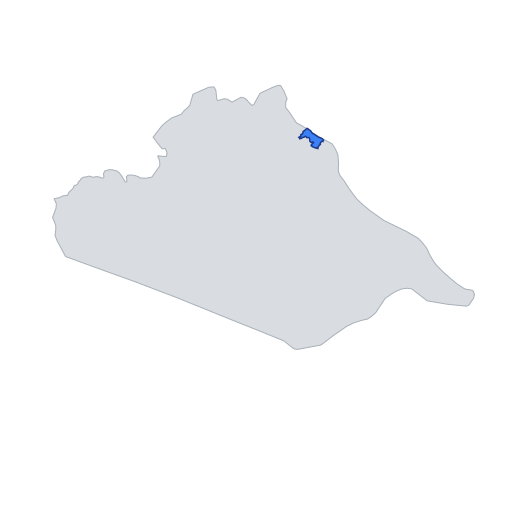 location of Jarablus, Aleppo, Syria, rotated 53°
{"feature_id": "27442178B60985416821817", "entity_name": "Jarablus", "entity_type": "district", "adm_level": 2, "iso_a3": "SYR", "parent_name": "Syria", "parent_adm1": "Aleppo", "projection": "robinson", "projection_center": [38.008, 36.678], "detail": "fine", "context": "in_parent", "style": "filled", "palette": "blue", "viewbox_px": 512, "rotation_deg": 53, "n_neighbors": 0, "source": "geoboundaries", "source_scale": "gbopen_adm2", "svg_char_len": 4285}
<svg xmlns="http://www.w3.org/2000/svg" viewBox="0 0 512 512"><g transform="rotate(53 256 256)"><path d="M95.6,187.9L99.4,188.3L107.5,193.1L108.8,193.0L111.3,186.7L113.7,184.5L118.7,182.6L120.2,172.4L122.6,170.4L125.4,169.4L129.7,169.2L133.5,168.5L133.7,166.7L128.5,154.9L129.0,151.9L131.6,140.0L133.2,135.3L134.8,133.8L140.8,134.4L149.1,136.5L151.3,139.9L155.4,143.0L161.5,142.8L168.6,143.3L174.2,143.5L178.6,141.4L188.6,137.4L193.5,136.0L198.0,134.3L212.4,127.7L218.2,128.2L222.2,129.1L225.2,130.1L232.0,134.6L237.6,139.1L241.6,140.5L248.7,140.4L258.9,141.2L271.5,141.2L278.8,139.9L288.2,137.7L304.8,132.4L326.7,121.2L339.6,115.8L345.1,115.1L352.4,115.0L359.6,116.5L367.9,117.5L371.7,117.4L380.5,116.3L392.0,114.0L399.3,112.2L408.0,109.1L413.3,104.1L415.1,103.6L417.4,104.5L418.4,104.8L420.7,107.7L423.2,115.1L423.2,115.9L422.8,118.0L417.2,124.1L409.5,132.4L404.0,137.6L394.8,146.3L387.8,148.2L376.0,151.4L372.9,154.5L370.0,159.4L368.3,166.2L367.9,170.4L367.6,178.4L370.5,186.6L373.3,194.5L373.7,199.7L373.5,204.8L371.0,210.3L368.3,217.8L366.7,226.3L366.1,242.3L366.2,255.9L366.0,258.1L361.2,267.7L355.6,279.0L352.9,281.6L340.4,284.9L326.7,293.1L311.4,302.3L297.6,310.7L283.0,319.5L267.8,328.6L257.0,335.1L242.4,343.8L229.2,352.1L215.8,360.5L205.6,366.9L190.1,377.0L181.0,383.0L167.6,391.7L155.8,399.4L141.8,408.4L124.3,405.7L118.8,404.2L114.3,399.9L111.0,397.5L102.7,395.2L97.5,387.0L94.3,384.1L88.8,382.8L91.2,377.6L91.7,374.2L94.1,370.0L92.6,367.2L91.9,361.4L90.9,360.0L90.5,358.4L91.3,356.5L91.0,354.6L90.1,353.8L89.7,350.9L88.9,348.7L89.3,346.1L90.5,344.4L91.8,341.1L93.3,340.1L95.6,338.1L96.3,335.9L98.4,333.8L101.2,332.1L101.8,330.7L101.4,329.9L98.6,328.4L97.1,325.7L98.5,321.7L99.4,320.4L101.1,318.5L104.9,315.6L107.8,315.1L110.4,315.1L114.7,315.4L118.0,315.9L118.9,315.1L118.8,314.2L114.7,311.8L114.4,309.9L115.5,307.8L118.4,304.6L121.9,302.2L123.7,301.8L127.7,297.0L130.3,291.7L126.2,278.8L123.7,276.7L119.7,274.9L117.3,274.6L117.1,273.8L120.3,270.5L122.6,267.7L120.1,264.9L115.6,263.7L113.9,266.5L108.2,266.7L99.2,266.7L95.4,253.0L94.9,247.1L95.0,240.3L97.8,230.3L96.6,225.7L96.5,222.5L95.8,218.2L88.9,209.0L92.8,192.1L95.6,187.9Z" fill="#d9dde1" stroke="#a8b0b8" stroke-width="1"/><path d="M188.7,150.5L188.8,150.3L188.9,150.2L189.0,149.8L189.3,148.9L189.4,148.0L189.5,147.3L189.6,146.9L190.0,146.2L190.0,145.5L190.0,144.7L190.4,144.3L190.7,144.1L191.0,144.2L191.7,144.3L192.2,144.1L192.4,143.8L192.7,143.2L193.0,142.8L193.2,142.4L193.8,142.4L194.4,142.5L195.0,142.9L195.7,143.2L196.4,143.8L196.8,143.9L197.3,143.9L197.7,143.8L198.1,143.8L198.6,143.2L198.8,142.7L199.0,142.1L199.3,141.9L199.7,141.7L199.9,141.7L200.1,141.8L200.2,142.3L200.2,142.7L200.2,143.1L200.2,143.5L200.2,143.9L200.2,144.5L200.7,144.5L200.9,144.9L200.9,145.2L201.0,145.4L201.2,145.6L201.5,145.6L201.8,145.4L202.1,145.2L202.5,145.2L203.2,144.9L203.8,144.4L204.6,144.0L205.6,143.5L205.7,143.3L205.8,142.8L205.9,142.6L206.2,142.6L206.7,142.6L207.4,141.9L207.2,141.8L207.1,141.7L206.9,141.7L206.7,141.5L206.6,141.4L206.5,141.2L206.5,140.9L206.4,140.9L206.4,140.7L206.3,140.4L206.2,140.3L206.2,140.2L206.0,139.9L205.9,139.8L205.9,139.7L205.8,139.4L205.7,139.3L205.7,139.2L205.7,138.9L205.7,138.7L205.6,138.4L205.7,138.2L205.7,137.9L205.6,137.7L205.4,137.5L205.4,137.4L205.2,137.4L205.1,137.2L204.9,137.1L204.8,136.9L204.7,136.9L204.6,136.7L204.5,136.4L204.4,136.3L204.4,136.2L204.3,135.9L204.2,135.8L204.2,135.7L204.1,135.4L204.1,135.2L204.1,134.9L204.1,134.7L204.1,134.4L204.2,134.2L204.3,134.1L204.3,133.9L204.4,133.7L204.4,133.4L204.5,133.4L204.4,133.3L204.4,133.2L204.4,132.9L204.3,132.7L204.2,132.7L204.1,132.4L202.6,132.5L202.3,132.6L202.2,132.6L201.5,132.8L200.6,133.3L199.1,134.3L198.1,134.8L195.7,135.5L195.1,135.8L193.3,136.4L193.0,136.6L192.1,137.1L190.9,137.2L189.2,137.0L188.9,137.1L188.5,137.2L188.0,137.3L187.2,137.7L186.2,137.8L185.2,138.1L184.8,138.5L185.0,138.8L185.0,139.1L184.9,139.6L184.9,140.3L185.0,142.1L185.0,142.7L184.9,143.2L184.9,143.5L185.0,143.7L185.3,143.8L185.7,144.3L186.3,144.8L186.4,145.3L186.5,145.6L186.3,145.8L186.2,146.2L186.0,146.6L186.1,147.2L186.3,147.6L186.5,147.6L187.0,147.6L187.2,147.9L187.5,148.4L187.5,148.8L187.3,149.2L187.1,149.4L187.0,149.9L187.0,150.4L187.7,150.2L188.1,150.3L188.7,150.5Z" fill="#3b82f6" stroke="#1e3a8a" stroke-width="1.5"/></g></svg>